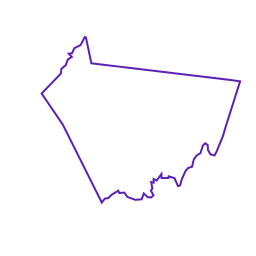 outline of Polk, Texas, United States of America, rotated 288°
{"feature_id": "52423323B71522839301040", "entity_name": "Polk", "entity_type": "district", "adm_level": 2, "iso_a3": "USA", "parent_name": "United States of America", "parent_adm1": "Texas", "projection": "robinson", "projection_center": [-94.922, 30.818], "detail": "fine", "context": "isolated", "style": "outline", "palette": "violet", "viewbox_px": 256, "rotation_deg": 288, "n_neighbors": 0, "source": "geoboundaries", "source_scale": "gbopen_adm2", "svg_char_len": 843}
<svg xmlns="http://www.w3.org/2000/svg" viewBox="0 0 256 256"><g transform="rotate(288 128 128)"><path d="M49.0,126.1L53.7,127.8L55.2,130.9L59.3,132.9L65.4,138.2L63.5,139.7L65.4,144.5L62.2,148.8L62.0,157.3L64.4,163.0L70.6,163.3L68.3,168.1L69.0,171.3L71.7,173.1L75.6,169.1L77.8,169.9L83.7,166.8L83.9,169.3L87.5,168.1L86.9,171.5L94.5,174.0L90.8,175.4L92.9,181.8L94.6,181.6L94.7,187.7L88.2,193.5L89.6,195.3L95.9,195.0L104.9,196.0L108.6,197.6L111.0,200.9L118.1,200.3L123.1,201.8L126.5,204.7L134.2,204.6L137.3,206.1L136.5,209.0L131.9,210.8L128.4,214.6L128.7,218.8L132.6,219.5L149.9,220.8L160.5,220.5L207.0,220.2L205.2,210.0L178.2,73.2L201.1,60.0L201.2,58.8L192.3,57.3L187.4,52.3L181.8,51.7L180.4,48.7L178.2,52.6L174.6,49.6L168.6,49.4L163.8,46.4L159.0,47.3L134.1,35.2L111.2,64.8L49.0,126.1Z" fill="none" stroke="#5b21b6" stroke-width="2"/></g></svg>